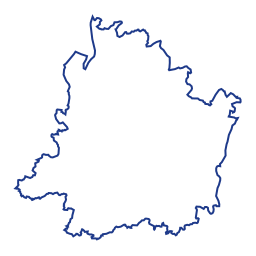 Vavatenina, Analanjirofo, Madagascar (Albers equal-area conic projection)
{"feature_id": "10022922B54073545298219", "entity_name": "Vavatenina", "entity_type": "district", "adm_level": 2, "iso_a3": "MDG", "parent_name": "Madagascar", "parent_adm1": "Analanjirofo", "projection": "albers", "projection_center": [49.007, -17.472], "detail": "fine", "context": "isolated", "style": "outline", "palette": "blue", "viewbox_px": 256, "rotation_deg": 0, "n_neighbors": 0, "source": "geoboundaries", "source_scale": "gbopen_adm2", "svg_char_len": 5756}
<svg xmlns="http://www.w3.org/2000/svg" viewBox="0 0 256 256"><path d="M225.6,155.6L225.4,150.4L226.6,144.2L227.5,141.7L228.9,134.9L231.5,129.2L232.4,125.5L234.9,123.6L236.1,120.6L236.9,119.8L237.8,118.0L235.7,118.4L234.3,117.5L228.7,116.6L228.8,116.2L229.7,115.0L230.2,110.7L233.1,111.6L233.0,112.5L234.1,112.1L234.7,111.1L235.0,108.3L234.5,107.6L232.6,106.3L232.0,104.0L236.6,102.2L240.3,102.4L240.6,101.8L240.5,99.7L239.8,98.4L236.8,97.9L237.1,96.8L235.7,96.9L233.2,94.3L230.8,93.1L226.9,96.8L225.6,94.9L224.6,91.3L223.8,91.3L222.8,90.0L221.3,89.0L219.0,90.0L215.6,94.7L212.3,100.8L210.5,101.4L210.4,102.8L211.3,104.2L210.0,105.4L209.1,105.1L208.3,104.2L205.3,103.9L204.9,102.5L203.6,102.1L202.9,100.6L199.7,100.0L197.9,98.5L192.0,98.4L191.1,97.4L188.8,96.2L187.4,94.7L191.5,89.9L192.0,88.4L191.6,86.3L189.6,84.4L187.5,84.1L186.1,81.6L186.4,79.1L188.1,77.0L187.8,73.3L188.1,72.2L190.1,73.3L191.1,72.6L190.6,69.5L188.3,68.0L186.7,66.3L185.0,66.5L182.7,67.8L180.1,68.4L178.7,67.5L175.0,69.1L169.2,70.2L168.8,69.7L169.4,68.1L169.8,62.9L169.7,57.4L167.1,55.4L163.4,49.9L161.0,48.1L159.9,46.1L160.8,41.5L160.4,40.8L156.6,42.0L153.4,43.8L150.7,46.1L146.7,46.5L146.3,44.8L148.0,42.9L147.3,41.2L148.1,39.8L148.4,36.1L147.7,35.1L147.6,33.4L146.1,32.8L145.7,31.6L145.1,31.2L144.9,30.4L143.6,30.2L143.1,29.6L140.2,31.4L139.3,31.0L138.5,29.6L137.8,29.6L136.5,30.6L134.9,30.6L133.7,31.7L131.7,31.5L130.3,33.3L128.1,33.7L126.9,33.6L126.2,32.1L125.2,32.1L122.5,35.5L119.5,37.0L117.4,35.9L117.0,32.7L115.6,29.4L116.1,29.3L118.7,25.4L121.7,23.2L121.9,22.6L121.5,21.7L119.9,21.4L117.4,22.2L114.5,22.3L113.4,25.1L110.9,26.1L108.4,28.9L106.2,28.8L104.5,28.2L103.6,29.4L101.3,29.4L100.8,28.9L99.4,28.8L96.9,26.6L99.8,24.4L99.9,21.9L101.4,20.4L100.9,19.4L98.8,18.2L97.0,18.0L95.2,20.1L94.4,20.1L92.6,16.7L90.7,22.7L90.6,25.1L92.3,39.1L95.0,50.5L94.8,54.0L94.1,56.5L91.1,59.2L88.4,62.7L85.3,69.2L83.7,68.3L83.6,63.8L86.1,59.5L87.0,56.1L81.2,54.2L75.5,51.7L74.0,54.0L66.2,63.4L64.1,65.0L65.1,67.3L64.1,69.5L63.6,74.8L66.3,81.0L69.0,84.4L69.7,86.9L67.8,91.3L68.5,92.0L68.9,92.9L68.7,93.9L69.4,96.0L69.4,98.0L68.5,103.6L67.6,105.5L68.5,106.1L68.7,107.0L68.4,108.3L67.2,109.4L66.1,109.6L65.6,110.2L65.8,111.7L65.4,114.4L64.6,113.7L63.1,113.2L62.5,112.1L61.4,111.9L61.6,110.0L57.3,109.5L56.7,110.2L56.5,113.2L55.3,114.5L55.1,115.3L56.1,119.0L59.3,123.4L60.9,123.3L62.8,122.4L67.1,127.2L67.7,128.8L65.3,130.2L64.6,129.9L63.7,130.5L62.5,130.3L61.9,131.3L61.4,130.7L59.9,131.0L59.4,129.9L58.7,129.7L58.7,130.4L57.5,131.4L57.8,133.3L57.2,133.5L58.0,134.0L58.1,134.5L56.3,134.2L53.5,134.7L52.2,134.1L51.5,134.9L51.4,136.1L51.7,136.8L53.6,137.7L53.9,140.5L56.7,142.5L57.2,144.0L57.9,144.7L58.0,146.3L58.9,147.8L58.5,153.9L57.5,155.6L52.8,157.4L50.9,157.2L48.8,155.6L48.4,154.8L46.0,154.9L43.7,154.2L42.5,154.8L42.1,155.8L42.1,157.3L41.6,157.8L37.0,159.8L38.8,160.6L38.5,161.7L35.2,163.3L35.5,166.5L33.5,168.0L32.6,170.5L35.6,173.1L34.9,175.3L33.2,175.2L32.3,177.0L30.1,178.0L25.3,176.3L25.0,177.6L23.6,179.6L22.8,179.7L21.8,180.5L19.2,179.9L18.2,180.2L18.1,184.0L18.5,184.9L17.9,185.9L15.4,188.4L17.1,188.8L17.9,188.5L19.7,189.7L19.6,190.6L19.0,191.0L20.2,191.7L20.2,192.7L21.2,194.1L20.9,195.2L21.7,196.3L22.9,195.7L24.3,197.3L26.0,197.9L26.7,196.5L29.0,196.9L29.7,197.9L30.9,198.4L32.1,200.0L32.8,199.8L33.0,198.8L34.2,199.1L35.4,198.1L36.4,198.3L38.9,197.3L39.5,198.6L40.2,198.7L41.4,197.5L44.7,196.0L46.8,193.9L48.1,193.8L48.6,193.0L51.4,193.2L53.0,194.1L54.6,193.1L57.3,192.6L59.1,195.0L60.0,195.2L61.6,194.1L62.9,194.1L63.6,193.6L66.2,194.3L66.5,195.5L65.5,196.8L66.0,199.5L65.6,200.9L63.8,204.1L64.2,205.0L63.7,206.0L64.5,207.5L63.5,209.3L64.2,209.8L67.3,210.0L67.9,208.5L68.4,208.2L70.2,208.6L71.0,208.4L73.8,210.0L72.4,215.2L72.1,218.0L70.5,219.2L69.9,222.2L68.9,222.9L68.2,225.1L67.5,225.5L67.9,226.4L66.7,226.4L67.6,227.4L67.0,228.8L65.7,228.7L64.3,230.0L66.4,231.2L66.8,232.6L69.9,233.8L71.8,234.1L73.3,236.3L75.7,234.8L76.3,233.8L77.4,233.9L79.3,235.5L80.7,235.2L81.3,233.6L80.6,232.4L81.4,231.5L82.0,229.3L82.4,229.3L84.1,230.7L84.8,231.9L87.7,231.5L87.3,233.3L87.6,233.7L89.6,234.5L91.2,234.4L93.4,235.1L93.5,235.9L91.5,237.1L92.0,238.4L96.0,238.4L96.9,239.3L97.6,238.6L98.5,238.8L100.6,237.3L101.1,235.6L102.6,235.6L102.4,234.7L102.8,234.2L106.4,233.8L109.8,232.3L111.8,232.4L112.8,231.5L113.4,230.0L114.6,228.8L114.9,227.8L116.3,226.6L117.8,227.2L120.7,226.7L123.8,224.8L125.0,224.6L125.4,224.9L125.4,225.7L126.8,226.6L127.3,227.8L128.8,226.7L130.2,227.8L131.3,227.9L131.1,226.7L132.5,225.1L137.1,225.4L139.2,222.7L140.4,222.0L141.9,220.4L143.8,220.3L145.3,218.7L146.1,218.6L148.7,219.0L149.4,219.7L149.6,220.7L149.0,222.4L149.4,223.8L154.1,226.2L153.9,229.0L154.3,229.6L154.7,229.2L155.4,226.9L156.4,225.8L157.5,226.1L159.1,225.9L160.5,226.7L161.5,226.7L162.4,223.4L163.2,223.0L163.9,225.4L166.9,226.0L167.4,226.6L167.1,228.7L167.6,231.0L165.9,232.4L166.2,233.9L168.1,233.3L169.9,231.1L171.2,231.1L171.8,231.3L171.2,232.2L171.4,233.1L173.0,234.0L174.4,233.8L175.8,235.3L176.7,234.7L177.3,233.1L178.9,232.1L180.0,229.5L180.2,227.8L181.3,227.8L183.0,229.6L184.0,229.7L184.8,228.9L184.5,226.3L185.1,225.4L187.2,224.8L189.1,225.2L190.4,224.2L192.0,224.2L193.0,223.0L195.3,222.7L197.0,223.1L197.8,222.5L198.7,218.8L198.0,218.2L196.3,218.5L195.8,217.7L196.9,210.3L196.8,209.4L195.8,208.0L196.5,206.6L200.1,206.8L203.7,208.9L205.0,207.0L206.6,207.0L207.9,207.8L208.2,210.5L210.1,213.3L211.0,213.8L212.5,213.2L213.4,211.6L213.7,209.2L213.1,206.7L213.5,205.7L215.5,205.2L216.1,205.3L216.5,206.2L219.2,206.2L219.3,204.2L218.4,200.7L216.1,196.0L217.5,188.1L218.9,185.0L220.2,180.3L220.3,178.1L219.2,176.4L217.5,175.1L216.2,171.0L216.2,168.4L216.6,167.2L217.3,166.3L218.4,165.9L220.2,166.2L220.0,164.0L221.8,162.2L225.6,155.6Z" fill="none" stroke="#1e3a8a" stroke-width="2"/></svg>